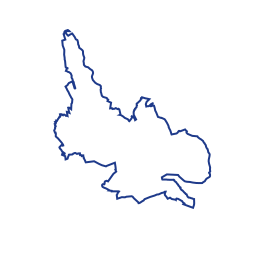 Tureni, Cluj, Romania, rotated 21°
{"feature_id": "2599482B36645978156904", "entity_name": "Tureni", "entity_type": "district", "adm_level": 2, "iso_a3": "ROU", "parent_name": "Romania", "parent_adm1": "Cluj", "projection": "orthographic", "projection_center": [23.671, 46.648], "detail": "fine", "context": "isolated", "style": "outline", "palette": "blue", "viewbox_px": 256, "rotation_deg": 21, "n_neighbors": 0, "source": "geoboundaries", "source_scale": "gbopen_adm2", "svg_char_len": 5828}
<svg xmlns="http://www.w3.org/2000/svg" viewBox="0 0 256 256"><g transform="rotate(21 128 128)"><path d="M58.8,149.3L58.2,150.4L58.8,150.6L59.0,151.8L59.9,152.2L59.9,152.6L59.6,153.4L60.1,154.4L60.0,156.8L61.4,158.4L61.9,158.8L62.2,158.5L62.7,159.2L63.5,161.6L64.1,162.0L66.2,162.7L71.4,165.5L73.4,166.9L73.8,167.5L73.3,167.9L72.2,167.4L70.9,170.6L71.7,171.5L73.4,172.3L74.9,173.5L78.0,174.4L78.0,175.5L75.9,175.1L76.0,176.7L79.5,176.8L81.0,179.7L82.2,178.7L82.6,178.2L82.4,177.2L82.5,175.5L82.4,174.2L82.5,174.0L85.3,172.8L85.8,172.3L86.0,171.6L87.3,170.4L87.7,170.2L88.1,170.2L89.5,170.5L90.6,169.9L90.6,169.6L92.2,168.9L93.0,170.5L94.5,170.0L94.9,170.7L96.1,169.7L96.5,170.5L97.5,171.7L97.4,171.9L99.7,173.9L100.4,174.8L100.9,175.2L108.3,171.2L113.9,171.9L117.1,172.1L121.2,171.7L121.5,171.2L128.2,165.1L130.3,168.8L131.4,171.0L131.1,171.4L132.6,172.9L130.8,176.0L128.5,185.0L127.4,184.9L126.8,185.0L125.7,186.1L125.6,187.1L126.1,188.3L126.1,188.9L125.9,189.2L125.3,189.2L124.6,189.5L124.3,190.1L124.3,190.7L125.0,191.8L125.5,192.1L127.0,192.3L129.2,192.3L133.1,192.8L132.9,193.1L135.3,192.5L135.5,193.0L141.9,190.5L142.3,190.5L141.7,192.5L141.7,194.1L141.5,194.6L143.3,197.9L147.0,194.8L150.0,193.8L151.2,192.7L155.9,190.4L157.0,190.5L158.7,191.5L164.3,193.7L164.8,194.4L165.1,194.3L165.9,193.6L167.8,190.9L168.5,190.2L169.0,188.5L173.4,184.4L177.1,181.5L178.9,179.7L180.4,179.0L182.8,176.5L183.7,176.0L185.0,174.8L185.2,174.3L185.9,174.0L185.9,176.0L186.0,176.4L186.4,177.2L186.9,177.6L188.8,178.6L189.2,179.0L190.4,179.8L192.2,178.0L194.4,178.6L198.2,177.9L198.5,178.0L198.4,177.1L198.6,176.5L200.2,176.2L204.8,176.9L205.9,177.8L207.6,178.2L207.1,179.3L217.3,179.2L217.2,176.6L217.0,175.3L216.7,174.4L215.2,170.8L214.9,171.0L213.7,170.7L212.2,170.9L210.4,170.9L209.7,171.2L209.3,171.2L208.1,170.6L206.4,168.9L205.6,169.0L204.7,168.3L204.2,168.3L201.7,167.0L201.0,166.7L200.6,166.8L199.6,166.4L199.2,166.0L198.6,165.7L198.4,164.8L197.7,164.8L197.4,164.4L195.6,163.6L195.2,163.2L195.1,162.9L193.6,162.3L192.4,161.3L191.8,161.3L190.1,160.6L189.9,160.5L189.8,160.1L189.2,159.9L187.7,160.6L183.8,162.0L182.2,162.4L178.6,163.8L178.1,163.3L177.3,161.9L180.9,157.4L191.6,153.9L193.3,155.0L199.0,157.1L200.3,157.4L202.2,157.1L205.1,156.2L208.1,155.7L211.7,154.8L216.6,153.0L217.1,152.7L217.3,152.1L218.8,150.1L219.1,148.4L219.4,147.4L219.7,146.9L221.6,144.5L221.8,144.0L221.8,143.4L221.1,141.7L220.1,141.2L219.7,140.6L220.3,139.4L220.3,139.0L219.5,137.6L218.8,135.4L218.1,134.4L216.5,132.3L215.2,130.1L214.7,128.4L214.2,125.2L213.8,123.6L213.1,122.7L211.8,122.0L209.9,119.2L209.6,119.2L208.4,118.3L207.5,117.4L206.8,116.2L205.3,115.2L205.0,114.8L204.1,114.5L202.7,113.2L200.1,112.4L198.6,112.2L196.5,111.5L195.8,110.9L190.8,112.3L185.7,112.1L184.3,111.4L184.1,111.0L184.2,110.0L183.3,109.7L181.8,108.9L178.1,112.2L177.6,112.5L177.2,112.3L176.7,112.4L176.4,112.7L176.0,114.5L175.3,115.7L171.0,118.4L170.2,117.5L169.6,116.6L168.6,115.5L168.4,115.1L167.6,114.5L165.7,112.7L165.4,112.0L164.6,111.1L162.5,109.2L160.0,107.3L159.0,106.7L155.6,106.5L155.4,106.7L152.0,106.9L148.7,103.3L147.2,102.0L145.5,99.4L144.3,97.9L143.0,98.3L141.6,99.5L141.4,99.5L142.0,98.1L142.3,97.7L142.4,97.1L142.3,96.2L142.2,96.1L141.0,97.4L140.0,99.5L139.4,100.3L138.3,100.7L137.4,101.4L136.1,99.4L136.0,97.1L136.5,95.7L137.0,94.9L137.6,93.4L133.2,94.1L130.1,94.3L130.2,95.7L130.0,95.9L129.5,95.8L129.7,97.2L129.6,97.9L128.4,100.3L128.1,101.0L127.6,101.7L127.4,102.5L128.3,103.7L128.1,104.1L128.5,105.7L128.0,106.5L127.9,107.0L128.0,107.3L127.6,107.6L127.7,108.8L127.4,109.0L127.5,109.4L127.4,109.9L127.6,110.5L127.5,111.0L128.6,113.6L132.5,117.1L131.8,118.1L131.1,117.2L129.7,116.1L127.4,115.6L127.3,115.9L128.1,116.5L127.6,118.7L126.8,121.2L126.7,121.2L125.7,120.6L125.0,120.0L124.6,119.9L121.3,119.7L119.4,119.0L116.3,118.4L116.2,118.6L115.7,118.7L115.8,118.6L115.7,117.4L113.4,114.0L113.1,113.7L112.2,113.5L112.0,113.8L111.5,114.1L109.5,113.8L108.5,114.9L107.9,115.1L106.9,115.8L106.5,115.8L106.1,115.3L105.1,115.5L104.3,116.0L103.1,110.4L99.2,110.2L99.3,108.6L98.5,108.5L97.4,107.6L93.6,107.9L92.0,107.2L90.4,104.9L89.7,104.1L89.3,103.0L88.8,102.3L88.6,101.6L88.7,100.8L88.1,100.0L87.7,98.7L86.3,98.0L83.5,98.0L81.2,97.5L78.0,95.8L76.4,93.9L75.9,93.0L75.8,92.3L75.8,90.0L75.7,89.2L75.0,88.0L74.2,87.3L73.7,87.0L71.4,86.5L69.0,85.6L66.2,85.9L64.3,84.9L64.0,84.4L63.6,83.4L62.5,81.6L62.4,80.8L62.3,79.3L62.0,78.0L60.2,76.0L59.5,74.9L58.5,72.6L58.1,72.1L57.4,71.7L55.1,70.9L54.2,70.8L53.6,70.4L52.9,69.1L51.4,67.6L50.8,66.2L49.4,64.2L49.0,64.0L47.5,63.9L45.7,62.2L42.1,59.8L40.5,61.4L39.1,63.3L36.8,62.3L35.8,61.3L35.5,60.4L35.5,60.1L37.0,59.1L38.6,58.6L38.2,58.4L37.5,58.4L36.9,58.1L36.5,58.2L36.4,58.3L36.5,58.6L35.2,59.3L34.4,60.2L34.2,61.1L34.6,63.2L34.3,63.5L37.8,67.9L35.3,70.0L37.5,74.4L40.5,77.8L41.2,79.7L42.1,82.4L43.8,85.4L44.2,86.5L45.3,88.1L47.7,93.0L48.2,93.7L50.1,93.8L50.2,94.1L49.6,94.5L49.6,96.9L50.1,96.8L51.6,97.1L53.0,97.0L54.8,97.5L55.6,98.2L56.7,99.4L57.1,100.9L57.7,101.6L58.7,102.3L59.2,103.2L59.9,104.0L60.9,104.7L61.6,106.0L64.5,109.7L64.3,110.1L63.7,109.9L62.8,108.6L61.6,107.2L59.5,104.5L58.1,105.7L57.5,106.4L56.8,107.0L56.3,108.5L56.2,109.5L55.3,111.1L55.0,111.3L54.8,111.7L56.8,113.4L58.0,114.6L59.4,115.6L61.5,117.7L63.4,119.3L64.1,120.0L65.0,120.5L65.8,121.2L66.7,124.4L66.7,125.1L66.5,125.7L68.2,130.8L67.6,130.6L66.7,130.0L65.4,130.2L64.9,130.5L65.7,131.6L66.5,133.2L67.9,134.9L67.5,134.9L67.0,134.7L66.7,134.8L65.2,134.9L67.2,138.4L66.3,138.3L66.2,138.7L65.8,138.9L65.0,138.6L63.9,138.3L63.3,138.5L62.7,138.9L62.7,139.4L62.1,139.4L62.1,139.1L61.6,139.0L60.4,139.1L59.6,139.6L60.6,141.1L60.5,141.4L60.2,141.7L60.4,142.2L59.8,142.7L59.8,143.8L59.5,144.3L59.4,145.4L59.1,146.4L58.4,146.7L58.9,147.2L58.4,147.7L58.7,147.7L58.8,148.2L58.7,148.8L58.4,149.0L58.8,149.3Z" fill="none" stroke="#1e3a8a" stroke-width="2"/></g></svg>